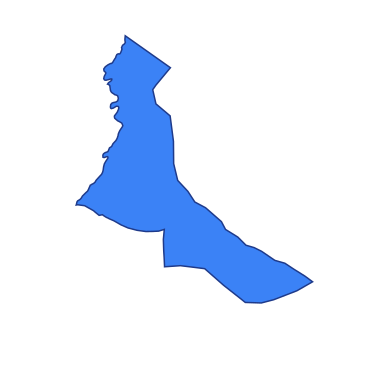 Haraze-Al-Biar, Hadjer-Lamis, Chad (Robinson projection), rotated 39°
{"feature_id": "50815135B49730685193773", "entity_name": "Haraze-Al-Biar", "entity_type": "district", "adm_level": 2, "iso_a3": "TCD", "parent_name": "Chad", "parent_adm1": "Hadjer-Lamis", "projection": "robinson", "projection_center": [14.887, 12.589], "detail": "fine", "context": "isolated", "style": "filled", "palette": "blue", "viewbox_px": 384, "rotation_deg": 39, "n_neighbors": 0, "source": "geoboundaries", "source_scale": "gbopen_adm2", "svg_char_len": 3260}
<svg xmlns="http://www.w3.org/2000/svg" viewBox="0 0 384 384"><g transform="rotate(39 192 192)"><path d="M302.9,244.3L315.7,234.6L323.3,224.3L335.7,202.7L342.2,185.9L332.8,186.3L319.6,187.9L309.0,188.9L299.4,193.0L283.4,194.3L275.3,196.1L267.4,199.4L256.0,198.2L241.6,200.0L233.5,196.5L223.0,196.1L212.4,195.7L200.5,198.0L188.4,194.1L173.6,192.0L159.9,181.5L145.7,164.3L127.1,146.6L108.5,146.2L97.1,137.2L96.7,131.8L97.0,109.0L41.8,112.6L42.6,113.8L43.3,114.9L43.9,115.7L44.5,116.4L44.9,116.8L46.0,117.6L46.2,118.8L46.3,119.5L46.0,120.4L45.9,120.9L45.7,121.7L46.4,124.2L47.7,125.0L47.7,125.4L48.0,126.0L48.2,126.5L48.6,127.8L48.9,128.9L49.0,129.8L48.7,130.4L47.9,130.9L47.6,131.2L47.5,131.5L47.3,132.0L47.1,132.5L47.3,133.2L47.5,134.3L48.1,135.6L48.2,137.1L48.3,138.0L48.6,140.0L48.8,141.2L48.6,142.7L48.1,143.1L47.9,143.3L47.6,143.9L46.6,146.2L46.2,147.8L45.8,149.2L45.9,150.1L45.9,150.5L45.9,151.6L46.6,152.6L47.8,153.4L48.3,153.4L49.1,153.4L49.7,153.4L50.3,154.0L50.5,154.7L50.6,155.2L51.0,157.3L51.5,158.3L52.1,159.5L53.5,160.0L53.7,159.9L54.8,159.3L55.1,158.9L56.3,157.3L56.4,157.2L57.8,155.2L58.5,154.7L58.6,154.8L59.1,155.3L59.1,156.2L59.1,157.0L58.3,159.7L58.5,161.0L58.5,161.3L58.8,161.2L59.6,161.0L60.7,161.0L61.2,161.1L64.1,163.8L64.3,164.1L66.0,165.0L67.4,165.2L67.5,165.2L69.5,165.0L70.7,165.0L72.5,164.2L73.8,164.1L74.6,164.7L75.7,165.4L76.9,167.9L76.3,169.8L75.9,170.4L75.8,170.5L75.0,171.5L74.5,172.1L73.8,173.5L73.8,174.0L73.8,175.2L74.8,176.8L74.9,177.0L75.0,177.2L75.2,177.4L76.0,178.0L76.8,178.0L78.0,176.4L78.6,174.8L78.9,173.9L79.2,173.0L80.3,172.2L80.6,172.0L80.9,172.0L81.2,172.0L81.8,172.4L82.1,172.6L82.4,173.2L82.9,174.2L83.0,174.6L83.3,175.7L83.7,177.1L83.7,177.5L83.8,179.9L83.8,180.6L83.8,181.3L83.8,181.5L84.4,182.5L84.6,182.6L85.5,183.3L87.2,183.4L88.6,183.4L89.2,183.5L90.6,183.2L91.5,183.0L93.0,182.8L93.5,182.7L94.2,182.7L95.3,183.3L96.4,183.9L96.8,185.0L96.9,185.8L97.0,187.4L97.3,190.0L98.0,192.7L98.6,194.0L99.1,194.7L99.4,195.7L99.9,196.9L100.0,197.2L100.3,198.7L100.5,200.0L100.4,201.1L100.2,204.2L100.5,205.5L100.9,207.3L100.8,207.5L100.4,208.7L100.1,209.6L101.1,213.0L101.2,213.6L100.7,214.5L99.7,216.1L99.6,216.6L99.2,218.0L99.4,218.7L99.4,218.9L99.5,219.3L100.0,220.0L100.6,220.6L100.9,221.0L102.0,220.6L103.0,219.0L103.7,217.9L104.2,217.8L104.5,217.7L104.9,218.0L105.4,218.9L105.4,219.4L105.7,222.6L106.2,225.4L106.6,226.2L107.4,228.0L109.3,231.1L110.1,233.0L110.3,233.8L110.6,235.2L110.4,237.6L110.1,243.0L110.3,244.5L110.5,245.1L110.3,246.0L110.2,247.1L109.7,248.2L109.1,249.5L108.8,250.8L108.7,250.9L108.8,251.1L109.9,255.2L110.0,255.6L110.3,257.0L109.9,259.5L109.4,264.1L109.6,265.3L109.8,266.8L109.6,268.4L108.7,270.9L108.8,271.3L108.8,271.5L108.8,272.0L109.5,273.4L110.2,275.0L110.6,274.5L111.3,273.8L117.2,270.2L127.2,268.5L129.6,268.6L134.4,268.6L134.5,268.6L136.7,266.0L138.0,266.0L138.9,265.9L139.9,265.8L141.5,265.6L142.8,265.2L144.5,264.9L148.8,263.7L149.6,263.5L157.6,262.2L164.9,260.2L173.5,256.3L181.1,251.7L186.1,247.5L190.7,243.4L194.0,238.5L199.6,246.9L206.5,254.9L211.8,260.7L217.3,266.9L217.7,267.4L227.5,258.3L229.4,256.5L230.4,255.9L240.6,249.5L245.6,246.4L250.1,243.6L275.0,244.6L276.6,244.6L290.9,244.4L297.8,244.3L302.9,244.3Z" fill="#3b82f6" stroke="#1e3a8a" stroke-width="1.5"/></g></svg>